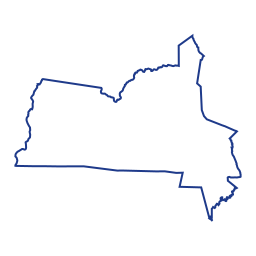 Mumbwa, Central, Zambia (Natural Earth projection)
{"feature_id": "96606910B37920738728221", "entity_name": "Mumbwa", "entity_type": "district", "adm_level": 2, "iso_a3": "ZMB", "parent_name": "Zambia", "parent_adm1": "Central", "projection": "natural_earth1", "projection_center": [26.865, -14.958], "detail": "fine", "context": "isolated", "style": "outline", "palette": "blue", "viewbox_px": 256, "rotation_deg": 0, "n_neighbors": 0, "source": "geoboundaries", "source_scale": "gbopen_adm2", "svg_char_len": 5746}
<svg xmlns="http://www.w3.org/2000/svg" viewBox="0 0 256 256"><path d="M197.1,83.4L200.7,60.1L201.0,60.2L201.5,60.0L202.0,59.6L202.2,59.1L202.5,57.9L202.9,56.8L203.1,56.5L203.8,56.0L201.4,53.8L200.8,53.3L200.1,53.0L199.5,52.2L199.2,52.0L198.5,50.6L198.3,48.7L198.3,47.9L198.3,47.5L197.8,47.3L197.2,46.9L196.7,44.8L195.9,44.1L195.2,43.0L195.0,42.8L194.7,41.8L194.3,41.3L193.9,40.3L193.6,39.9L193.4,39.2L193.4,38.7L192.9,38.2L192.6,37.6L192.4,36.9L192.4,35.7L178.7,45.6L178.8,65.9L177.6,65.6L176.1,65.6L175.7,65.4L174.7,65.6L173.8,66.0L173.1,66.1L172.1,65.9L171.1,65.5L169.8,65.3L168.9,65.0L168.4,64.9L167.9,65.0L167.7,65.5L167.2,66.0L166.9,66.2L166.6,66.2L166.1,66.0L165.3,66.1L164.8,65.8L163.3,65.3L163.0,65.4L162.8,65.6L162.3,66.7L161.8,67.1L160.9,67.4L160.2,67.1L159.5,67.6L159.1,67.7L158.6,67.5L158.3,67.6L157.6,69.1L156.7,69.9L155.8,69.9L154.7,69.4L154.0,69.3L153.6,69.5L152.6,70.7L152.1,71.0L151.4,71.0L151.1,70.8L151.2,70.0L151.1,69.6L150.7,69.3L149.4,69.0L148.6,68.6L148.2,68.6L147.1,69.1L146.6,69.2L146.3,69.2L145.8,69.0L145.5,69.1L145.2,69.4L145.2,70.1L144.2,71.9L143.4,71.8L142.9,71.5L142.5,70.7L141.7,70.0L140.5,69.6L140.2,69.7L139.9,70.1L138.9,70.4L138.4,70.7L137.7,70.9L137.5,71.3L137.5,71.6L136.8,72.7L136.4,72.7L136.0,72.5L135.6,72.5L135.3,72.7L135.1,73.4L134.7,73.6L134.8,74.3L134.5,74.7L134.1,74.9L134.0,75.2L133.9,76.1L134.0,76.5L134.1,77.3L134.2,77.8L133.5,79.1L132.6,79.8L131.3,79.9L130.3,80.8L129.4,80.8L128.4,81.6L128.2,81.9L127.8,82.3L127.5,82.5L126.8,82.5L126.3,83.5L126.0,83.9L125.8,84.5L125.1,84.7L124.9,84.8L124.8,85.4L124.8,86.2L124.6,86.5L124.2,86.9L123.8,87.6L123.4,88.3L123.2,88.7L123.0,89.8L122.4,90.9L122.0,91.1L121.4,91.7L120.5,92.2L120.1,92.7L119.8,93.5L119.8,95.1L120.0,95.8L120.1,96.2L120.7,97.0L120.9,97.6L120.8,98.2L120.5,98.7L119.4,99.2L118.6,99.9L118.3,99.9L117.8,99.6L117.4,99.7L117.0,100.2L116.6,101.5L116.4,101.7L116.0,101.9L115.6,101.9L115.1,101.7L114.3,101.2L114.0,100.5L113.9,100.1L113.8,98.2L113.5,97.8L112.3,97.4L111.1,97.3L110.5,96.7L110.3,96.6L108.7,96.4L108.1,96.3L107.5,95.7L107.1,95.2L106.8,94.9L106.2,94.7L105.0,93.7L104.4,93.6L103.4,93.7L101.8,93.4L101.3,93.1L101.0,92.3L100.9,91.6L101.0,91.0L101.6,89.8L101.7,88.9L101.6,88.4L101.3,87.9L55.5,81.0L43.1,79.1L42.5,79.2L42.0,79.7L41.9,80.5L41.4,80.9L40.8,82.7L39.9,83.8L39.6,84.4L39.0,84.5L38.4,84.0L37.6,84.1L37.8,84.8L37.6,85.4L37.0,86.0L37.2,86.7L37.1,87.7L36.2,88.7L35.8,89.4L35.3,90.0L35.0,90.8L34.3,91.2L33.4,94.7L32.2,95.9L31.2,97.4L31.1,97.9L31.3,98.5L32.2,99.5L33.1,101.2L33.1,101.7L32.9,102.6L32.6,103.8L32.7,106.1L32.7,107.1L32.5,107.7L32.4,108.6L32.1,109.3L31.5,109.2L31.1,109.0L30.6,109.2L30.1,109.6L29.8,110.5L29.2,110.9L29.0,111.3L28.5,111.8L28.3,112.7L28.5,113.8L28.1,114.7L28.3,115.5L28.2,116.1L27.7,116.5L26.7,118.1L26.5,119.7L26.6,120.0L26.6,120.5L26.9,121.4L27.5,123.1L28.9,125.8L29.7,127.0L30.0,127.5L30.1,128.3L30.0,128.9L30.1,129.1L30.2,130.1L30.0,130.7L29.8,131.1L29.6,131.7L29.8,132.9L30.2,134.7L30.0,137.1L29.9,137.5L28.5,138.9L28.2,139.7L28.1,140.2L27.5,141.2L26.6,141.5L25.7,142.2L25.6,142.6L25.9,143.8L26.1,147.6L26.0,148.1L25.9,148.7L25.7,149.0L25.3,149.4L24.9,149.6L24.4,149.6L23.0,149.0L22.1,149.0L18.6,151.2L18.3,151.3L17.5,151.8L16.8,152.5L15.9,153.7L15.6,154.4L15.5,155.0L15.4,156.4L16.4,157.5L16.7,158.0L17.3,160.3L17.3,160.8L16.6,163.3L15.4,165.2L15.4,165.8L16.4,165.9L33.5,166.2L44.3,166.2L58.5,166.4L83.5,166.3L117.4,170.6L121.6,170.5L156.5,171.4L164.6,171.3L176.3,172.9L182.7,172.7L179.6,186.8L201.2,187.4L209.0,216.8L209.5,216.7L209.4,217.0L209.4,217.6L209.5,217.8L209.8,217.6L209.8,217.8L209.6,218.0L209.8,218.2L209.9,218.4L209.8,218.5L209.5,218.6L209.7,218.8L209.9,218.8L210.4,218.7L210.5,218.8L210.7,219.2L211.8,220.3L212.0,220.1L211.5,218.8L211.8,218.0L211.8,208.8L212.3,208.4L213.1,207.0L214.7,208.0L215.3,207.3L215.3,206.1L215.6,205.5L216.0,205.2L216.8,203.8L217.5,203.9L218.1,204.5L218.2,204.8L218.5,205.1L218.7,204.8L218.9,204.4L219.3,204.0L219.5,203.5L219.2,202.4L219.5,201.7L220.0,201.2L220.6,201.0L221.1,200.7L221.1,200.4L220.8,199.3L220.6,198.8L220.6,198.4L220.7,198.0L221.5,197.3L221.8,197.3L222.2,197.3L222.3,199.4L222.6,199.9L223.0,200.2L223.7,199.9L224.1,199.9L224.7,199.2L225.0,199.2L225.1,199.4L225.1,200.2L225.3,200.8L225.5,201.0L226.0,201.1L226.3,200.9L226.6,199.3L226.7,199.2L227.5,199.0L227.6,198.9L227.6,198.7L226.8,198.3L226.7,197.8L226.8,197.4L226.9,197.2L227.3,197.2L227.9,197.6L228.5,197.4L229.3,197.8L229.9,197.7L230.3,197.6L230.4,197.4L230.4,197.0L230.2,196.7L229.8,196.3L229.8,195.9L230.1,195.7L230.9,196.0L231.5,196.0L231.6,195.9L231.6,195.7L231.4,195.2L231.4,194.9L231.8,194.7L232.8,194.7L233.0,194.6L233.0,194.1L232.5,192.8L232.0,192.0L232.0,191.5L232.1,191.4L232.3,191.3L232.9,191.6L233.1,191.6L233.3,191.4L233.4,191.0L233.7,190.8L233.7,190.3L233.8,190.1L234.2,190.0L234.6,189.5L234.6,188.4L234.8,188.0L235.0,187.9L235.5,187.9L235.9,188.2L236.2,188.1L236.5,188.2L236.8,188.0L227.9,180.8L227.7,177.6L228.2,177.1L229.4,176.9L230.9,177.5L235.6,177.4L237.0,177.5L237.8,177.3L240.1,177.0L240.6,176.7L240.6,174.3L240.3,173.6L240.3,172.7L239.5,170.6L239.1,170.0L238.0,168.6L237.3,167.1L236.8,164.9L236.5,164.5L236.6,163.3L236.2,162.7L235.9,161.6L233.8,156.5L232.8,155.2L232.4,154.2L231.9,152.3L231.9,151.9L232.3,151.1L232.0,150.5L231.8,147.9L231.7,147.7L232.0,147.7L232.2,147.8L232.2,147.6L232.5,147.4L232.4,147.0L232.6,146.5L232.5,146.3L232.6,146.1L232.5,145.9L232.2,145.3L232.2,144.8L232.4,144.4L232.1,144.1L232.3,143.9L232.4,143.5L232.2,143.1L231.6,142.6L231.6,142.0L231.3,141.4L231.4,140.8L231.3,140.5L230.8,140.4L230.6,139.9L230.4,139.4L230.4,139.0L229.9,138.7L229.7,138.5L236.9,131.4L236.0,130.9L234.8,130.6L224.6,126.1L224.1,126.0L223.1,125.6L222.4,125.4L206.8,119.3L204.0,116.1L201.8,110.1L200.7,86.6L197.1,83.4Z" fill="none" stroke="#1e3a8a" stroke-width="2"/></svg>